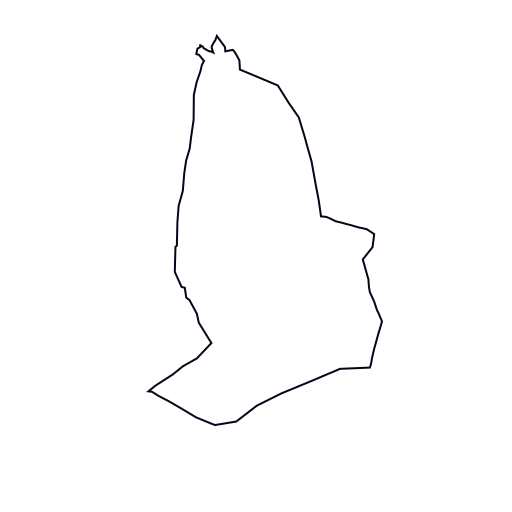 outline of Santiago Cacaloxtepec, Oaxaca, Mexico, rotated 120°
{"feature_id": "50627088B91472476679734", "entity_name": "Santiago Cacaloxtepec", "entity_type": "district", "adm_level": 2, "iso_a3": "MEX", "parent_name": "Mexico", "parent_adm1": "Oaxaca", "projection": "mercator", "projection_center": [-97.743, 17.73], "detail": "fine", "context": "isolated", "style": "outline", "palette": "ink", "viewbox_px": 512, "rotation_deg": 120, "n_neighbors": 0, "source": "geoboundaries", "source_scale": "gbopen_adm2", "svg_char_len": 1710}
<svg xmlns="http://www.w3.org/2000/svg" viewBox="0 0 512 512"><g transform="rotate(120 256 256)"><path d="M85.0,399.9L89.9,399.1L91.0,399.3L92.6,399.3L93.7,399.3L96.5,399.1L97.9,398.5L101.2,394.7L101.3,397.3L102.0,398.3L102.1,399.7L102.2,401.3L102.1,403.1L102.2,404.8L101.9,405.8L101.2,407.0L101.5,408.0L101.2,409.1L101.4,409.7L103.1,408.8L105.7,410.4L109.6,409.2L111.0,408.6L110.3,405.9L112.3,400.7L113.0,398.6L117.6,398.4L123.9,396.5L135.6,394.2L147.7,390.3L169.3,378.1L186.1,371.4L195.9,367.2L208.3,364.2L220.0,359.6L225.5,357.0L236.3,351.9L245.7,349.5L251.2,348.1L266.2,340.9L286.6,329.7L288.4,330.3L308.3,319.5L310.4,318.3L320.0,305.0L319.1,301.8L326.9,295.6L327.4,291.6L335.6,278.3L342.3,272.3L353.7,251.1L374.2,256.0L387.9,264.1L400.3,268.9L418.4,278.2L427.0,281.5L425.7,278.5L425.6,277.0L425.8,273.1L425.9,271.5L425.7,265.6L425.4,260.1L425.4,245.5L425.7,227.1L423.4,210.1L422.9,207.0L409.2,190.3L385.3,180.5L378.6,176.1L362.0,165.1L338.6,147.1L311.7,126.8L295.7,101.6L294.7,101.8L294.1,101.9L291.6,102.6L290.3,103.0L287.5,104.1L285.1,104.9L277.1,107.3L274.3,108.0L266.3,110.1L262.0,111.2L257.3,112.3L253.9,113.1L249.6,114.2L243.6,122.2L242.5,124.0L237.5,129.6L236.2,131.2L235.1,132.6L230.3,139.4L226.2,142.8L220.0,147.0L205.6,161.8L190.1,159.5L185.3,161.5L178.8,164.2L178.0,164.6L177.6,170.0L177.4,173.5L178.2,176.1L180.0,181.6L181.2,186.6L181.8,189.1L183.2,194.0L184.1,197.7L186.1,204.5L186.4,209.8L186.9,214.0L187.3,215.4L189.2,219.5L176.8,229.2L162.8,241.3L155.2,247.7L146.2,255.3L137.4,264.4L128.2,273.7L114.6,288.2L107.0,304.3L97.4,322.4L102.6,363.1L94.9,368.2L91.0,374.6L89.9,376.7L89.6,377.3L89.1,379.2L94.1,384.9L90.6,387.3L85.0,399.9Z" fill="none" stroke="#020617" stroke-width="2"/></g></svg>